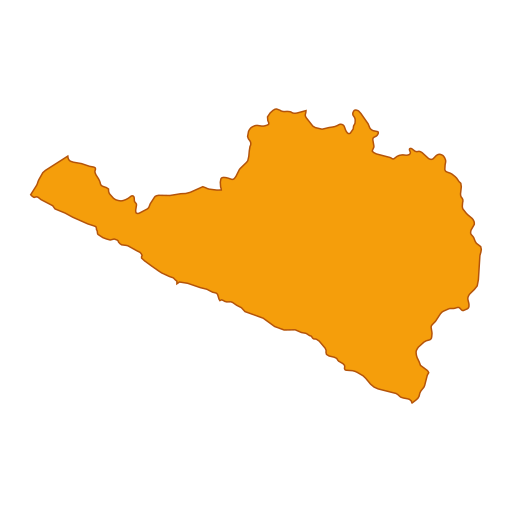 map outline of Arequipa (Mercator projection)
{"feature_id": "PER-570", "entity_name": "Arequipa", "entity_type": "Department", "adm_level": 1, "iso_a3": "PER", "parent_name": "Peru", "parent_adm1": "", "projection": "mercator", "projection_center": [-72.544, -15.989], "detail": "fine", "context": "isolated", "style": "filled", "palette": "amber", "viewbox_px": 512, "rotation_deg": 0, "n_neighbors": 0, "source": "natural_earth", "source_scale": "10m", "svg_char_len": 5978}
<svg xmlns="http://www.w3.org/2000/svg" viewBox="0 0 512 512"><path d="M412.0,403.0L411.1,400.7L409.3,399.3L407.6,398.8L403.4,398.0L400.9,397.2L399.9,396.5L398.1,394.8L396.3,393.6L395.8,393.4L378.1,388.9L374.1,387.1L370.6,384.2L365.7,378.3L363.1,375.8L357.3,372.4L355.1,371.4L352.6,370.7L346.0,370.2L345.1,369.8L344.5,368.7L344.7,366.3L344.4,365.2L343.0,363.7L338.7,361.2L337.8,360.2L336.7,358.4L334.2,357.2L329.1,356.0L326.5,354.4L326.0,352.4L326.1,350.3L325.1,348.1L319.2,341.1L316.7,339.4L315.5,339.0L314.5,339.0L313.7,338.9L312.7,338.2L311.6,336.6L310.9,335.9L309.8,335.7L309.1,335.3L306.8,333.8L305.8,333.3L301.4,332.5L295.2,329.8L284.1,330.0L274.6,326.5L263.2,318.2L245.0,311.6L241.4,307.7L236.7,305.3L232.7,302.5L230.9,301.8L226.7,301.9L224.8,301.4L223.1,300.4L221.6,299.8L219.9,300.6L219.0,299.1L217.6,294.5L216.7,293.4L215.6,292.9L212.6,292.2L206.7,289.2L200.2,287.6L187.7,283.3L179.5,282.0L176.9,283.8L176.9,281.2L175.0,279.6L174.0,278.5L173.2,277.8L169.4,276.5L161.8,273.0L158.7,271.0L152.0,266.3L144.6,260.9L141.6,258.1L141.5,256.9L142.1,255.5L141.3,253.8L140.1,252.4L136.9,250.8L127.9,245.8L126.2,245.4L121.6,244.8L119.9,243.6L118.5,242.0L118.1,240.8L116.8,239.9L114.2,239.0L110.2,240.0L106.5,239.0L102.8,237.6L98.1,234.5L97.6,233.8L97.3,231.7L97.1,230.5L96.5,229.7L96.4,228.1L95.8,226.6L93.1,225.6L87.8,223.9L72.7,217.2L65.2,213.1L55.0,208.9L52.7,205.7L41.0,199.6L38.1,197.3L36.7,196.8L35.1,197.1L34.3,197.4L33.6,197.2L31.9,196.0L30.7,194.7L36.7,185.2L37.4,183.6L38.1,181.4L38.9,179.6L42.8,172.7L45.4,170.4L67.8,156.1L68.0,157.5L68.2,158.4L68.7,159.5L69.4,160.4L70.4,161.2L73.4,162.2L81.5,163.6L89.5,166.3L93.4,167.0L94.5,167.4L95.3,168.0L95.5,169.0L95.3,170.0L94.9,171.1L95.1,172.8L96.0,174.9L98.5,178.8L99.6,181.0L100.2,182.8L100.5,184.1L101.1,185.2L102.4,186.2L106.4,187.6L108.5,189.0L108.6,191.3L108.9,192.4L109.3,193.4L109.9,194.3L113.5,198.3L114.4,198.9L115.3,199.5L116.4,200.0L118.7,200.6L120.8,200.9L121.9,200.8L123.3,200.5L125.8,199.6L128.4,198.2L131.0,196.2L132.0,195.8L133.0,195.9L133.9,196.8L134.2,197.9L134.4,201.0L134.5,201.4L134.6,201.6L135.2,202.4L135.8,203.1L136.4,204.0L136.5,205.1L135.7,210.0L135.7,211.0L135.8,212.1L136.3,213.1L137.4,213.5L139.0,213.3L147.2,209.0L148.3,208.1L149.0,207.0L150.3,203.7L154.5,197.2L155.3,196.3L156.7,195.7L158.7,195.3L169.9,195.5L180.9,193.7L185.7,193.5L190.3,192.3L202.8,186.7L206.0,187.9L206.9,188.4L209.0,189.1L216.9,190.1L221.3,190.0L221.2,188.9L220.6,186.8L220.3,182.2L220.9,178.9L221.5,178.0L222.5,177.6L223.6,177.4L225.9,177.6L228.3,178.2L231.5,179.3L232.4,179.4L233.2,179.3L234.0,178.8L234.7,178.1L236.0,176.3L239.4,169.5L240.3,168.4L246.5,162.4L247.8,160.7L248.8,156.3L249.3,150.8L250.0,146.5L250.7,144.9L250.8,143.6L250.6,142.2L249.9,140.8L248.4,138.8L247.6,136.5L248.5,131.5L249.1,130.2L250.2,128.6L250.8,127.9L251.6,127.3L252.6,126.7L254.6,125.8L255.8,125.5L257.2,125.4L261.9,126.1L263.3,126.1L264.6,125.9L267.0,125.2L268.0,124.7L268.7,124.1L268.8,123.0L267.8,120.5L267.5,116.9L270.2,112.9L273.0,110.4L275.0,109.2L276.6,109.0L278.8,109.8L279.9,110.2L280.8,110.8L282.2,111.3L284.0,111.6L287.3,111.4L289.3,111.6L290.8,111.9L291.9,112.6L293.1,113.1L295.0,113.3L297.1,113.0L306.0,110.6L305.8,112.6L305.3,114.6L305.3,115.6L305.6,116.6L306.2,117.7L312.8,126.1L315.3,127.6L322.1,129.2L329.2,127.5L332.1,127.1L334.7,126.6L337.0,125.7L339.5,124.4L340.7,124.2L342.1,124.5L343.1,125.0L343.9,125.8L344.4,126.8L345.6,130.1L346.1,131.1L346.7,132.0L347.4,132.9L348.2,133.5L349.3,133.6L350.3,133.2L353.1,129.1L353.3,128.2L353.4,127.1L353.6,125.9L354.9,123.6L355.1,122.5L355.2,120.2L355.1,119.2L354.8,118.1L354.3,117.1L353.1,115.3L352.8,114.3L352.8,113.1L353.2,112.1L353.7,111.1L354.4,110.3L355.4,110.0L356.4,110.1L357.3,110.4L357.9,110.6L358.7,111.1L360.9,113.5L366.0,120.8L368.1,123.8L369.5,127.2L370.0,128.3L370.7,129.1L371.7,129.9L373.0,130.6L375.2,131.1L376.7,131.4L377.9,131.7L378.3,132.5L378.2,133.5L377.7,134.5L377.1,135.4L376.3,136.1L374.3,137.1L373.4,137.7L372.9,138.6L372.8,139.8L373.8,145.5L373.9,146.5L373.8,147.3L373.4,148.2L372.5,150.1L372.3,151.2L373.6,152.5L376.3,153.9L389.7,157.4L390.8,157.8L392.0,158.6L393.1,159.0L394.0,158.7L396.9,156.5L398.5,155.7L399.6,155.3L402.1,154.9L403.3,154.9L405.8,155.2L407.1,155.2L408.3,154.9L409.4,154.5L410.1,153.7L410.4,152.8L410.2,151.8L409.8,150.8L409.4,149.8L409.6,148.8L410.3,148.4L411.6,148.6L415.0,151.2L416.7,151.7L419.0,151.3L420.5,151.7L422.2,152.7L428.3,158.3L429.4,159.0L430.9,159.4L432.1,159.3L433.1,158.8L436.1,155.7L436.9,155.1L437.9,154.6L439.0,154.3L439.9,154.3L441.0,154.6L442.0,155.0L443.0,155.6L443.8,156.5L444.6,157.7L445.4,159.6L445.7,160.9L445.6,162.3L445.1,164.8L444.8,169.4L445.1,170.4L445.8,171.4L447.4,172.2L450.3,173.2L452.1,174.2L455.1,176.6L456.7,178.2L459.0,181.6L460.8,183.3L461.3,186.8L460.5,194.0L460.7,195.8L461.3,197.2L462.1,198.1L462.8,199.5L462.9,200.6L462.9,201.3L462.6,202.7L462.3,206.3L462.5,207.8L462.9,209.0L466.3,213.3L467.8,214.8L472.1,218.4L473.0,219.5L474.0,221.4L474.3,222.9L474.3,224.3L473.8,225.3L471.1,230.0L470.8,231.0L470.7,231.8L470.6,233.2L471.0,234.2L471.7,235.1L472.6,236.1L473.6,237.4L475.2,241.4L476.4,243.3L480.7,246.6L481.3,249.4L480.9,252.0L479.9,255.5L478.4,279.6L477.2,285.9L474.5,289.3L469.8,293.9L469.0,295.0L468.3,296.4L467.9,297.6L467.8,298.6L467.9,299.6L468.8,303.2L469.0,304.7L468.9,306.8L468.3,308.0L467.4,308.8L463.7,310.4L463.1,310.6L462.2,310.4L461.4,309.8L460.0,308.3L459.2,307.6L458.1,307.4L457.0,307.6L454.7,308.3L453.4,308.5L449.9,308.5L448.8,308.8L443.4,311.2L442.1,312.0L440.4,313.8L435.5,321.3L432.1,324.8L431.3,326.0L431.1,327.3L431.9,332.3L432.0,333.6L431.7,336.9L431.4,338.2L430.7,339.2L429.8,339.8L426.2,340.8L423.8,342.2L418.4,347.1L417.5,348.4L416.4,350.4L416.1,351.7L416.1,352.8L416.4,355.2L417.1,357.6L419.1,361.7L420.5,365.4L427.1,370.3L428.0,371.3L428.7,372.7L428.3,373.5L427.7,374.4L427.2,375.5L424.7,385.3L424.3,386.3L423.9,387.2L421.0,390.8L419.9,392.9L419.0,396.4L417.8,398.4L416.0,400.0L412.1,403.0L412.0,403.0Z" fill="#f59e0b" stroke="#b45309" stroke-width="1.5"/></svg>